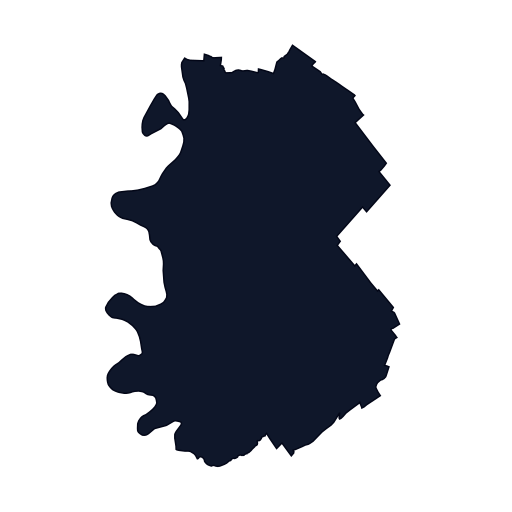 Paltinis, Botosani, Romania (Natural Earth projection), rotated 275°
{"feature_id": "2599482B86500837031664", "entity_name": "Paltinis", "entity_type": "district", "adm_level": 2, "iso_a3": "ROU", "parent_name": "Romania", "parent_adm1": "Botosani", "projection": "natural_earth1", "projection_center": [26.672, 48.222], "detail": "fine", "context": "isolated", "style": "filled", "palette": "ink", "viewbox_px": 512, "rotation_deg": 275, "n_neighbors": 0, "source": "geoboundaries", "source_scale": "gbopen_adm2", "svg_char_len": 6032}
<svg xmlns="http://www.w3.org/2000/svg" viewBox="0 0 512 512"><g transform="rotate(275 256 256)"><path d="M424.4,340.6L425.1,339.9L432.8,326.3L434.1,324.2L438.2,316.7L438.4,316.1L441.5,311.0L442.4,309.2L443.1,307.0L442.6,306.0L445.2,303.9L450.2,294.9L452.6,296.4L454.2,297.9L454.8,298.2L469.1,274.0L463.5,271.4L462.6,271.3L461.7,270.6L459.7,269.6L457.2,266.7L455.9,266.6L455.7,266.4L455.5,265.9L455.6,264.6L455.5,264.3L454.6,263.3L452.5,261.5L451.3,260.1L450.4,259.8L443.2,258.6L439.3,257.5L440.7,252.0L442.2,244.2L442.5,242.2L439.5,242.3L439.0,242.3L438.7,241.9L438.7,241.4L439.7,235.1L440.1,231.1L439.2,227.0L439.2,225.6L439.5,224.6L439.8,222.3L439.2,219.9L437.4,217.1L436.6,216.4L435.8,210.3L436.3,209.3L437.6,208.7L439.1,207.6L439.6,207.2L439.8,207.3L440.0,207.7L440.7,207.2L441.0,207.2L441.3,206.8L442.3,206.3L442.6,203.9L448.4,204.3L450.8,204.2L449.7,196.5L449.9,194.9L450.8,193.7L450.9,192.5L451.5,191.5L452.5,187.0L445.9,187.0L445.2,173.5L445.7,170.3L446.9,167.7L442.3,165.3L440.1,165.1L438.0,165.3L428.0,167.6L424.9,168.9L421.8,170.7L417.3,172.3L407.2,175.3L403.9,176.0L395.7,176.7L391.4,176.6L389.3,176.0L387.3,175.1L385.7,173.7L385.4,172.8L385.4,171.8L386.1,171.0L391.9,166.2L395.4,162.2L397.5,159.2L398.3,158.4L401.1,156.5L403.3,155.3L407.6,151.6L409.0,149.8L409.6,148.7L409.8,147.5L409.8,146.5L409.5,145.6L408.4,143.8L407.6,143.2L403.7,141.1L396.6,137.8L384.2,132.4L381.0,131.5L377.6,131.2L374.3,131.3L369.8,132.0L368.9,132.4L368.1,133.0L366.6,134.6L366.2,135.4L366.0,136.4L366.2,137.4L366.7,138.3L368.7,140.9L374.5,150.1L377.8,153.2L379.2,154.8L380.4,156.5L380.7,157.5L380.8,158.5L380.3,160.2L379.3,163.2L378.4,165.0L376.8,167.7L375.6,169.4L373.9,171.2L370.2,172.9L367.1,174.0L363.6,174.2L362.5,174.1L359.1,173.5L352.4,171.9L350.3,171.0L348.4,169.8L344.9,167.3L338.0,160.8L335.7,159.0L329.9,155.7L327.4,154.6L322.4,152.7L320.6,151.5L318.2,149.4L316.7,146.8L313.5,139.1L311.3,132.5L310.0,126.6L309.5,122.6L307.7,113.8L306.2,111.1L304.8,109.5L303.1,108.3L302.0,107.9L300.9,107.6L296.3,107.1L295.2,107.3L292.9,107.8L290.9,108.8L289.1,110.0L287.4,111.3L285.9,112.9L284.5,114.5L283.4,116.3L282.6,118.1L281.9,120.0L281.3,124.9L280.4,129.7L278.7,134.1L276.8,138.2L275.4,142.2L274.3,144.5L273.1,145.8L271.5,146.9L270.6,147.3L267.6,148.1L263.0,149.0L261.0,150.1L258.8,152.3L258.1,153.5L257.6,154.7L257.2,156.6L256.6,157.5L255.0,158.9L253.9,160.2L253.0,160.9L246.1,163.4L243.1,164.2L239.9,164.6L233.5,164.8L221.8,166.7L216.8,168.2L212.9,169.7L209.9,170.6L206.7,170.6L203.9,169.3L202.2,168.3L201.4,167.6L199.7,165.3L197.1,160.2L196.4,155.4L196.2,152.3L196.5,149.3L197.8,145.5L199.1,142.6L202.0,138.1L203.3,136.5L205.0,133.9L206.2,131.0L206.9,128.2L207.2,125.1L206.8,122.2L205.6,120.6L204.5,118.8L202.0,116.6L197.0,113.0L192.1,110.9L191.1,110.7L189.0,111.1L188.1,111.6L186.5,112.7L184.4,114.8L182.6,117.4L182.2,118.4L182.0,120.4L182.0,122.6L181.3,128.1L180.5,130.7L179.1,134.2L176.0,139.0L173.1,142.2L171.7,143.5L170.1,144.6L165.5,146.9L160.8,148.5L153.8,150.2L150.8,151.1L149.7,151.2L148.7,151.0L146.8,148.8L146.4,148.0L146.4,147.1L146.8,145.3L147.3,142.5L147.2,140.8L147.1,139.8L146.7,139.0L145.4,136.7L144.3,135.1L140.8,131.5L137.7,128.7L135.2,125.5L133.8,124.0L131.3,122.0L128.4,120.2L126.1,119.1L124.0,118.5L121.8,118.4L119.5,118.7L117.4,119.2L115.3,120.0L114.4,120.6L112.9,121.9L111.5,123.4L110.3,125.0L109.3,127.5L108.5,130.2L108.2,132.0L107.8,136.7L107.9,138.4L108.5,141.1L109.1,142.9L109.9,144.5L110.7,147.1L111.3,150.8L111.0,154.5L110.6,156.2L109.3,158.5L108.6,160.2L108.4,162.2L108.3,165.3L107.9,166.3L106.6,168.0L105.6,168.7L103.5,169.4L101.1,170.0L99.9,169.8L98.8,169.4L96.8,168.4L94.2,166.4L91.3,163.6L88.3,160.2L87.1,157.9L85.8,156.3L84.3,155.1L81.6,153.6L79.5,153.0L78.5,152.8L74.2,153.0L72.0,153.3L71.0,153.7L70.1,154.4L69.0,155.9L68.1,157.5L67.7,158.4L67.7,160.2L68.0,161.6L68.4,162.6L69.6,164.3L75.0,169.7L75.5,170.6L79.3,181.1L79.8,182.0L84.0,187.9L84.9,189.6L84.7,192.4L84.2,195.4L83.3,196.2L82.1,196.3L80.9,195.9L74.2,191.8L72.1,190.9L71.0,190.7L67.4,191.0L59.6,192.9L56.4,193.3L56.0,194.1L55.7,196.4L55.5,202.1L55.8,205.7L55.6,207.7L53.7,211.5L52.1,213.2L48.9,215.2L48.9,215.6L49.6,216.3L50.8,217.0L51.2,218.1L51.2,218.9L50.6,220.5L49.2,221.8L48.9,222.2L47.2,222.6L46.7,222.9L45.9,223.6L44.7,224.9L43.8,226.5L42.9,229.7L42.9,229.9L43.3,230.5L43.8,232.2L43.2,234.5L43.2,235.7L43.1,236.4L43.4,237.1L43.5,238.0L43.9,238.9L45.8,242.7L47.2,244.8L49.6,247.2L50.0,248.5L50.5,248.9L51.5,249.2L51.9,249.9L52.5,251.0L52.6,251.4L52.4,252.2L53.0,253.6L54.0,255.0L54.5,255.3L55.4,255.4L55.9,256.3L56.6,257.8L56.1,258.7L56.5,259.6L56.2,260.3L56.3,260.7L56.7,261.6L57.3,261.8L57.6,262.1L57.8,263.0L58.4,263.5L58.3,264.2L58.9,264.4L59.2,264.8L59.5,265.8L61.8,268.0L63.4,269.1L65.9,271.3L67.1,272.0L67.2,272.6L68.1,273.6L69.6,273.8L71.4,273.3L72.1,273.4L72.3,273.7L72.2,275.0L73.0,276.2L74.8,277.2L76.2,277.5L76.6,278.6L77.3,279.4L77.5,280.6L79.2,281.2L80.2,282.0L75.2,285.8L66.0,293.3L71.4,297.7L71.9,298.2L60.0,308.6L63.0,310.7L63.6,310.7L64.8,310.2L64.8,310.5L65.8,309.9L66.6,311.9L70.1,318.4L72.0,321.6L73.0,324.4L73.9,325.8L76.4,328.9L86.5,337.1L90.1,340.9L94.1,345.5L97.1,347.9L107.3,353.1L102.4,352.9L101.4,353.1L100.9,353.5L101.7,354.8L103.7,356.6L107.4,359.3L110.6,362.7L118.4,371.5L119.3,372.1L114.7,374.4L113.8,374.7L115.1,376.8L117.5,379.2L127.7,392.0L130.9,389.5L134.1,387.5L135.2,386.9L136.2,386.7L138.7,387.3L140.4,388.1L143.0,390.6L143.6,391.6L143.8,392.4L145.1,394.2L147.0,395.7L148.8,396.2L157.2,398.1L157.5,397.0L157.8,396.2L158.2,393.6L166.0,395.9L168.5,396.4L171.9,397.5L185.4,401.2L187.1,403.4L188.0,402.5L188.8,402.0L193.6,397.3L194.3,396.9L194.6,396.9L195.1,397.0L195.6,397.6L195.9,398.7L200.7,404.9L211.2,399.0L211.9,398.2L212.9,395.6L216.7,397.3L233.0,381.2L231.7,380.1L239.1,372.7L256.9,356.8L254.7,355.3L273.6,336.0L278.0,338.6L282.6,334.6L314.1,357.9L309.7,362.3L338.2,383.3L350.7,371.2L351.1,371.3L352.3,372.7L356.9,376.0L359.8,377.7L375.4,363.1L397.5,343.1L405.8,350.8L406.4,349.9L411.2,345.8L418.0,341.4L421.8,338.6L424.4,340.6Z" fill="#0f172a" stroke="#020617" stroke-width="1.5"/></g></svg>